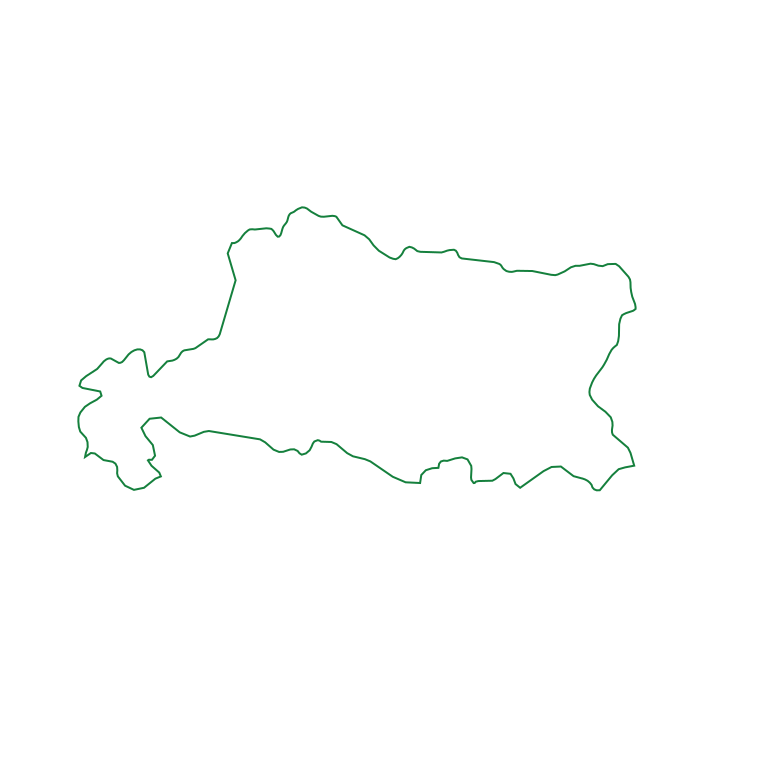 the Region of Ústecký, rotated 214°
{"feature_id": "CZE-10368", "entity_name": "Ústecký", "entity_type": "Region", "adm_level": 1, "iso_a3": "CZE", "parent_name": "Czechia", "parent_adm1": "", "projection": "mercator", "projection_center": [13.915, 50.559], "detail": "fine", "context": "isolated", "style": "outline", "palette": "green", "viewbox_px": 768, "rotation_deg": 214, "n_neighbors": 0, "source": "natural_earth", "source_scale": "10m", "svg_char_len": 3862}
<svg xmlns="http://www.w3.org/2000/svg" viewBox="0 0 768 768"><g transform="rotate(214 384 384)"><path d="M541.8,154.9L553.0,158.6L555.3,160.7L556.9,163.4L558.9,166.0L562.1,167.8L565.5,167.8L574.0,164.1L584.9,164.7L588.4,162.9L591.0,156.3L592.7,160.3L593.4,163.2L594.4,166.1L597.3,170.0L601.0,172.7L609.2,174.7L612.9,177.7L616.5,182.1L618.9,185.9L619.8,190.6L619.2,197.8L616.9,203.6L613.3,210.5L611.6,216.3L615.1,219.1L631.8,212.1L635.5,212.2L637.1,217.6L635.3,224.0L630.2,236.1L629.1,244.6L629.0,245.9L628.1,248.7L627.3,250.2L626.2,251.5L624.7,252.4L615.6,253.2L614.4,254.2L613.4,255.8L612.9,258.3L612.3,265.7L611.3,269.3L609.8,272.3L607.8,274.8L605.6,276.3L603.1,276.9L600.5,276.3L584.7,259.9L582.6,258.9L580.9,259.4L579.8,261.7L576.4,281.5L572.5,285.1L571.2,286.9L570.1,289.0L569.5,291.4L569.7,296.5L569.3,298.5L568.4,300.2L561.6,306.6L560.4,308.3L554.8,322.7L550.6,325.4L549.2,326.9L548.1,328.7L547.7,330.9L548.0,333.4L565.0,387.0L586.6,404.9L588.9,415.8L586.8,417.2L585.7,418.9L584.8,420.8L584.4,422.4L584.1,424.6L584.1,427.5L583.7,431.3L582.7,435.0L582.2,436.2L581.7,437.1L579.8,438.6L577.4,439.9L568.6,447.3L565.9,448.8L564.1,449.6L562.6,449.4L561.0,449.0L557.0,447.2L554.5,446.7L553.4,447.6L553.1,449.5L553.5,451.4L554.9,455.6L555.4,457.5L555.5,459.3L555.2,462.4L555.2,464.0L555.5,465.5L556.7,468.9L557.1,470.5L557.1,472.2L556.8,473.4L555.4,475.6L554.8,476.7L554.2,478.7L553.2,481.0L550.8,484.6L548.4,485.9L546.0,486.4L540.7,486.1L532.2,486.8L529.8,487.5L527.3,489.1L520.8,494.6L518.6,495.7L517.0,496.0L507.2,492.3L483.3,496.4L477.2,495.7L470.2,493.1L462.8,491.6L450.1,492.0L446.5,492.9L444.1,494.0L442.9,496.0L442.2,498.1L441.8,500.7L441.8,502.7L442.2,505.7L442.1,507.3L441.5,509.1L439.7,511.9L437.3,512.8L434.8,513.1L430.7,512.8L427.8,513.9L409.9,525.2L408.1,527.3L406.2,529.9L404.5,531.7L401.1,534.4L399.0,534.7L396.7,533.8L394.7,532.4L392.3,531.3L389.7,531.6L360.9,546.6L355.6,548.0L354.1,548.0L352.8,547.6L350.9,546.7L349.1,546.2L345.7,546.1L343.1,547.0L340.9,548.3L339.9,549.2L337.1,552.2L324.2,560.6L306.5,568.0L302.9,570.0L301.2,571.9L297.2,578.4L294.3,585.3L291.4,589.0L287.9,591.4L280.1,599.2L277.1,600.7L272.4,602.0L268.6,604.0L265.5,608.5L259.1,613.1L254.9,613.1L241.3,609.6L238.5,608.2L236.6,606.2L233.3,601.6L230.5,598.5L227.0,595.2L220.6,590.7L218.4,588.4L217.4,586.9L218.0,585.0L218.5,583.9L222.9,578.2L224.1,576.2L225.1,574.1L224.5,570.3L222.5,565.1L216.1,555.2L213.8,550.4L212.8,546.6L213.5,544.4L214.1,542.1L214.4,539.6L214.0,534.7L212.9,528.7L212.4,523.1L212.3,519.9L212.9,509.7L212.8,505.7L212.3,501.6L210.8,495.3L209.2,492.2L207.3,490.0L202.7,487.4L194.1,485.2L184.9,484.8L177.4,483.2L173.5,480.3L171.3,477.4L169.3,473.3L167.8,471.3L166.0,469.9L146.2,467.6L141.1,464.7L130.9,456.2L137.5,449.7L141.8,444.6L143.8,435.9L145.7,416.6L148.2,414.8L150.8,414.2L153.3,414.8L155.6,416.5L158.3,417.3L161.1,417.6L163.9,417.3L166.7,416.6L166.8,416.5L175.3,413.6L191.2,414.5L198.7,408.9L203.0,401.0L213.1,374.1L219.0,374.6L223.9,378.1L228.9,380.3L235.2,377.0L238.5,367.4L240.1,364.4L251.5,356.3L253.3,354.3L253.5,352.6L254.3,352.0L258.0,353.4L259.6,355.2L263.9,362.4L265.9,364.9L272.6,368.2L278.3,366.8L283.4,362.1L288.6,355.6L291.6,353.9L293.5,351.6L293.7,348.7L292.0,344.9L297.0,341.1L301.1,335.9L302.2,329.4L298.7,322.1L311.1,314.6L324.8,312.0L352.0,312.2L357.8,311.0L369.3,306.7L375.9,306.1L389.7,307.6L395.2,306.5L403.9,301.0L405.8,301.0L407.5,300.4L409.6,297.4L409.7,294.9L409.0,291.5L408.6,287.5L409.9,282.8L412.7,279.4L415.3,279.3L418.2,280.2L422.0,279.6L425.1,277.3L429.7,271.4L433.0,269.0L438.9,267.8L449.9,269.2L455.8,268.8L502.9,247.1L506.6,243.6L512.1,235.3L515.4,232.0L526.3,229.7L550.0,231.6L558.9,224.1L560.7,212.1L552.6,207.4L541.5,204.1L533.7,196.5L534.0,191.4L536.6,189.7L537.0,188.7L531.0,186.2L520.8,184.9L517.3,182.6L520.6,177.7L524.9,163.8L532.1,156.4L541.8,154.9Z" fill="none" stroke="#15803d" stroke-width="2"/></g></svg>